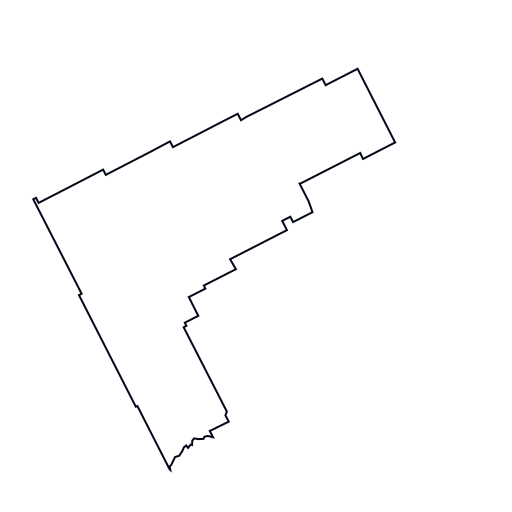 Rosebud, Montana, United States of America, rotated 243°
{"feature_id": "52423323B43348892660501", "entity_name": "Rosebud", "entity_type": "district", "adm_level": 2, "iso_a3": "USA", "parent_name": "United States of America", "parent_adm1": "Montana", "projection": "robinson", "projection_center": [-107.061, 46.02], "detail": "fine", "context": "isolated", "style": "outline", "palette": "ink", "viewbox_px": 512, "rotation_deg": 243, "n_neighbors": 0, "source": "geoboundaries", "source_scale": "gbopen_adm2", "svg_char_len": 969}
<svg xmlns="http://www.w3.org/2000/svg" viewBox="0 0 512 512"><g transform="rotate(243 256 256)"><path d="M391.0,304.3L391.0,285.9L390.7,231.4L397.2,231.4L396.8,213.2L396.5,159.0L402.4,159.0L402.2,129.5L402.0,86.4L407.7,86.4L407.7,83.3L301.5,83.5L301.5,80.5L176.3,80.5L176.2,82.2L105.1,82.2L104.3,82.5L107.7,83.5L108.3,85.6L113.6,92.6L112.9,97.0L115.9,102.2L118.2,104.8L118.9,107.8L115.9,108.3L117.6,112.1L116.6,113.2L120.4,115.4L121.6,118.0L119.0,121.6L116.9,126.1L118.4,128.0L117.5,131.4L114.0,135.4L121.1,135.4L120.8,156.5L123.5,156.5L127.9,156.4L130.6,159.4L225.3,159.2L225.4,162.3L228.9,162.3L228.9,177.4L249.9,177.5L249.9,196.0L253.4,196.2L253.4,232.1L264.9,231.5L265.0,285.4L265.0,287.3L265.0,295.3L275.4,295.3L275.4,304.4L269.4,304.4L269.4,326.2L280.6,327.7L300.7,327.7L300.4,328.5L300.5,395.6L293.9,395.4L294.0,431.5L356.5,431.5L376.7,431.5L376.6,395.6L384.0,395.6L384.3,310.9L383.8,304.3L391.0,304.3Z" fill="none" stroke="#020617" stroke-width="2"/></g></svg>